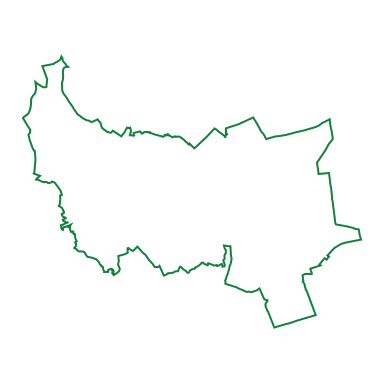 Husi, Vaslui, Romania
{"feature_id": "2599482B45032832471222", "entity_name": "Husi", "entity_type": "district", "adm_level": 2, "iso_a3": "ROU", "parent_name": "Romania", "parent_adm1": "Vaslui", "projection": "mercator", "projection_center": [28.068, 46.676], "detail": "fine", "context": "isolated", "style": "outline", "palette": "green", "viewbox_px": 384, "rotation_deg": 0, "n_neighbors": 0, "source": "geoboundaries", "source_scale": "gbopen_adm2", "svg_char_len": 5900}
<svg xmlns="http://www.w3.org/2000/svg" viewBox="0 0 384 384"><path d="M113.9,275.2L114.7,274.2L115.7,273.9L118.2,272.0L119.2,270.9L119.8,269.4L119.4,267.8L118.0,264.3L118.8,261.3L118.3,256.0L125.2,254.1L127.8,252.6L127.5,251.5L127.8,249.3L127.5,248.3L127.7,248.2L128.2,248.4L128.7,248.2L128.8,248.6L132.8,251.0L134.5,249.6L137.3,246.6L143.9,253.8L144.5,253.9L146.7,256.4L147.2,257.6L149.1,260.0L152.6,263.8L154.7,267.0L157.5,267.1L158.5,266.8L159.5,265.9L163.9,275.6L166.9,274.3L167.9,273.3L168.0,273.5L169.8,273.1L171.6,273.1L173.4,272.5L175.0,271.5L178.1,271.1L178.7,269.3L179.8,267.1L180.3,266.7L181.7,267.5L182.0,268.1L183.3,269.4L186.0,271.0L187.3,272.7L188.1,272.8L189.5,271.8L189.9,270.5L191.3,269.7L193.3,268.8L194.7,268.7L195.0,267.7L195.3,267.5L197.2,266.7L199.4,265.2L199.9,264.5L200.8,264.1L201.6,262.7L203.3,262.7L203.7,263.6L206.0,264.5L206.4,265.0L207.4,265.3L207.9,265.0L208.0,263.7L208.2,263.2L214.5,265.6L216.8,265.0L217.1,266.0L218.9,265.5L221.6,263.9L221.9,264.0L222.3,265.0L222.4,266.7L224.5,266.4L224.8,264.6L223.4,260.9L223.3,260.2L224.6,259.0L224.5,255.4L225.0,254.2L225.5,253.8L225.8,252.8L225.9,250.3L224.6,248.1L223.9,245.5L229.2,246.3L230.2,246.1L230.6,247.3L230.6,250.2L230.8,251.8L230.8,254.4L231.6,258.6L231.2,260.9L231.1,262.1L230.3,264.7L229.5,266.2L229.3,268.2L227.4,274.7L226.7,276.1L226.0,278.9L225.2,280.3L225.1,280.9L225.6,281.8L225.4,283.8L236.0,287.1L239.1,288.7L243.2,290.3L245.6,291.6L246.9,291.9L249.1,291.6L251.5,292.2L256.7,290.4L259.5,288.5L264.0,298.7L265.1,299.7L267.4,300.2L267.4,301.1L266.3,302.4L265.4,304.1L265.6,304.4L265.7,305.7L265.5,306.1L267.5,311.1L268.0,311.5L274.3,327.5L286.4,323.9L288.9,323.4L298.1,320.3L315.7,315.1L306.5,290.4L305.7,289.7L305.6,288.5L304.9,286.9L304.7,284.7L303.7,282.7L302.7,281.6L303.4,280.6L302.9,279.2L302.9,277.2L302.5,275.5L303.3,274.8L305.5,273.9L311.3,274.0L311.9,273.7L310.3,268.7L320.5,265.4L319.4,264.5L324.6,258.2L326.6,259.6L329.0,256.5L327.4,255.5L332.6,249.9L334.7,247.8L341.2,243.9L345.2,242.7L361.0,239.6L359.5,234.3L359.0,230.1L358.6,229.4L354.2,228.6L353.3,228.0L351.6,227.5L344.9,226.0L335.9,224.4L335.3,223.0L332.9,203.4L332.4,200.2L331.9,199.0L332.1,197.5L331.1,188.1L330.5,185.2L329.0,173.0L318.6,174.0L318.0,169.0L316.9,162.8L325.5,150.1L328.5,144.5L332.8,138.9L331.8,132.0L330.3,124.9L329.7,119.3L321.6,123.4L319.0,125.5L315.4,127.1L304.1,130.4L296.6,132.1L286.1,134.9L278.7,136.2L275.1,136.4L275.0,136.6L268.5,138.3L266.3,139.2L265.1,137.1L264.2,135.1L262.5,132.9L261.7,132.3L257.0,123.7L253.2,117.5L238.6,124.2L226.0,128.3L226.0,131.2L226.2,132.4L227.4,135.2L225.9,133.0L226.0,135.2L225.4,136.3L225.3,137.9L224.9,136.3L223.6,135.2L218.9,131.8L215.4,128.8L214.4,128.5L214.3,128.8L205.6,137.9L194.3,148.4L189.6,143.6L189.0,144.6L188.1,143.9L187.4,142.8L186.4,142.3L183.4,139.3L183.0,139.2L181.5,137.9L180.9,137.6L180.7,137.3L179.7,136.7L178.3,136.5L176.8,136.8L175.2,136.4L175.0,136.8L174.3,136.5L172.6,137.3L169.3,135.5L168.1,135.3L168.0,134.9L168.2,134.4L167.6,134.1L166.1,135.5L165.4,135.5L165.2,134.8L164.9,134.8L163.5,136.8L154.2,134.3L150.2,132.8L150.1,132.2L149.9,132.1L149.1,132.7L148.6,132.2L145.2,131.9L144.1,132.1L143.9,132.5L143.1,132.9L143.0,133.2L141.6,133.6L140.4,131.5L140.0,131.5L134.4,132.7L133.5,133.2L133.7,134.5L134.1,135.4L133.4,135.8L132.3,135.4L129.9,135.3L130.4,133.0L131.0,131.6L130.6,128.9L130.1,127.7L129.4,128.1L128.6,127.8L127.7,128.2L126.9,127.7L124.8,131.7L121.4,136.4L112.9,130.7L111.0,132.7L110.6,132.7L107.6,132.1L105.9,130.8L104.2,129.8L103.4,128.8L102.5,128.3L101.8,127.5L101.5,126.7L101.1,124.6L100.3,122.5L98.9,121.1L97.7,119.4L92.4,121.8L91.2,121.9L88.6,120.6L86.5,120.2L82.9,118.3L81.6,117.2L80.4,116.5L79.8,115.7L78.0,114.8L77.4,114.1L73.7,108.7L72.4,106.4L68.9,101.6L65.9,96.6L63.5,93.6L63.0,92.7L62.2,90.1L62.0,82.8L62.8,79.9L63.2,76.5L62.9,71.8L63.1,69.7L64.0,67.9L65.7,67.0L68.0,66.8L66.6,65.7L65.6,64.1L62.7,60.8L62.5,58.3L61.4,56.5L60.3,59.5L57.6,61.5L54.8,62.9L53.5,64.0L42.4,66.1L47.2,79.3L46.5,85.4L46.5,86.8L45.5,87.3L43.3,87.2L40.8,85.9L36.9,83.4L35.4,82.0L36.2,88.0L35.5,91.9L35.1,93.3L33.6,94.9L31.8,97.5L31.1,99.3L31.0,103.8L30.6,107.2L29.8,110.3L28.3,113.7L23.3,117.4L23.0,118.1L28.2,126.7L29.9,129.2L30.3,130.7L30.0,131.8L30.2,132.5L28.4,134.7L29.7,140.0L32.4,147.5L33.7,150.4L33.9,150.7L34.7,150.7L35.4,158.2L35.4,161.0L34.3,172.7L33.8,173.5L40.0,175.9L37.1,178.2L36.2,179.6L38.1,179.7L41.4,181.4L43.9,182.3L45.8,181.8L46.2,182.1L47.2,182.3L47.8,182.9L48.8,183.1L51.8,182.2L52.0,181.6L53.4,182.0L55.0,182.9L59.9,189.7L60.9,191.6L61.8,194.6L61.8,195.2L60.3,195.3L60.1,196.3L60.3,198.8L59.9,203.5L59.6,204.6L59.0,205.7L58.1,205.8L59.8,206.4L61.8,207.8L62.9,209.5L63.1,210.4L64.0,211.9L64.0,212.4L63.6,212.8L63.7,213.2L63.3,213.5L62.5,213.5L61.7,214.0L61.7,214.5L62.4,216.1L63.0,216.8L65.4,217.6L65.7,218.2L62.9,219.7L62.9,220.3L63.6,221.1L65.1,221.7L66.0,222.5L66.7,222.6L68.5,222.1L64.2,223.9L63.0,224.7L60.9,225.2L61.4,227.1L61.4,228.4L61.9,228.6L62.1,229.6L62.9,230.0L63.1,229.7L63.2,227.9L64.1,227.0L66.1,226.7L67.7,226.0L67.8,226.6L68.3,227.1L69.1,227.2L68.9,225.9L69.1,225.6L70.7,224.8L70.3,225.4L69.8,227.3L70.1,229.6L71.1,232.0L72.7,231.3L73.0,231.4L73.5,232.2L73.2,233.1L73.3,233.6L73.6,233.9L74.8,234.0L75.0,234.5L74.9,235.6L75.2,236.8L75.2,237.7L75.3,238.3L76.7,241.2L75.2,242.3L75.1,242.7L76.2,243.7L76.3,244.2L75.6,246.7L74.2,247.8L74.2,248.1L76.7,249.3L78.1,251.1L78.7,251.3L83.5,251.6L84.9,252.7L84.8,253.0L86.0,254.7L86.3,255.5L87.4,256.8L91.9,257.7L96.3,259.3L97.9,261.1L98.5,261.5L99.3,262.8L99.8,264.2L100.3,264.6L101.1,265.9L101.3,266.1L101.6,265.8L102.3,266.8L102.7,266.8L103.0,267.5L103.2,269.6L104.2,271.3L104.1,272.0L107.9,271.9L108.1,271.9L108.0,270.6L108.5,269.8L109.8,269.5L110.6,268.7L112.1,269.1L112.9,269.7L112.2,270.7L112.8,271.0L113.1,270.8L113.6,271.1L113.4,271.6L112.3,272.7L112.7,272.8L113.2,272.6L113.3,272.8L113.7,273.4L113.0,274.2L113.9,275.2Z" fill="none" stroke="#15803d" stroke-width="2"/></svg>